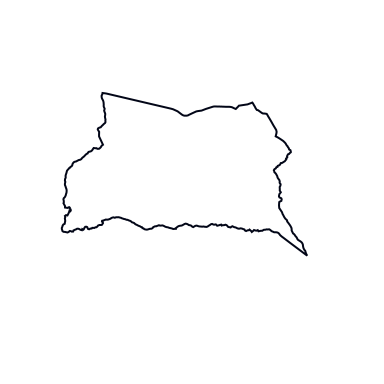 the district of Santo Antônio do Leste, Mato Grosso, Brazil, rotated 216°
{"feature_id": "56859067B48136086302792", "entity_name": "Santo Antônio do Leste", "entity_type": "district", "adm_level": 2, "iso_a3": "BRA", "parent_name": "Brazil", "parent_adm1": "Mato Grosso", "projection": "albers", "projection_center": [-53.696, -14.769], "detail": "fine", "context": "isolated", "style": "outline", "palette": "ink", "viewbox_px": 384, "rotation_deg": 216, "n_neighbors": 0, "source": "geoboundaries", "source_scale": "gbopen_adm2", "svg_char_len": 6089}
<svg xmlns="http://www.w3.org/2000/svg" viewBox="0 0 384 384"><g transform="rotate(216 192 192)"><path d="M272.5,84.3L271.2,85.1L270.0,85.6L268.9,86.1L268.3,87.2L268.0,88.6L267.0,89.1L265.9,89.3L264.9,90.2L265.3,91.2L264.6,92.5L263.8,93.7L263.4,94.7L262.7,95.3L261.7,95.7L260.6,95.8L259.6,96.0L258.6,96.4L259.0,97.5L257.7,97.7L257.7,98.8L258.0,100.0L257.9,101.1L257.1,101.8L256.1,102.0L255.4,101.5L254.2,101.0L253.2,101.5L252.8,102.6L251.7,103.5L251.6,104.4L250.7,105.0L249.8,105.6L249.4,106.7L248.6,107.3L248.3,108.3L248.3,109.6L247.5,110.9L246.2,111.8L245.6,112.5L245.7,114.5L246.4,115.1L247.4,115.1L247.8,115.9L247.0,116.8L246.4,117.7L245.5,119.1L244.4,119.7L243.3,120.8L242.8,121.7L242.2,122.5L242.0,123.5L241.3,124.6L240.5,125.4L239.3,125.8L238.6,126.9L237.6,127.6L236.5,128.5L235.4,128.9L234.2,129.4L233.3,129.5L232.5,129.8L231.1,130.2L230.4,130.6L229.3,130.9L228.5,131.1L227.8,131.6L226.3,131.9L225.0,132.3L224.1,132.4L222.8,132.2L221.7,132.6L220.5,132.9L219.5,132.7L218.5,132.7L217.2,133.0L216.2,133.1L215.2,133.3L213.8,133.7L212.9,133.7L211.7,134.1L210.8,133.6L209.9,134.1L208.9,133.9L208.1,134.1L206.7,134.8L205.9,135.5L205.1,136.6L204.4,137.5L203.3,138.4L202.7,139.5L202.7,140.8L201.7,142.6L200.9,143.1L200.4,143.9L199.9,144.6L199.2,145.7L198.1,146.0L196.1,147.7L194.8,148.0L193.2,148.2L192.0,148.6L190.6,149.3L189.4,149.6L186.8,150.7L185.8,150.9L184.9,151.4L184.4,152.1L183.4,152.7L183.8,153.5L183.5,154.3L183.3,155.4L182.6,156.8L181.7,157.8L180.9,158.5L180.3,159.3L179.2,161.8L178.5,162.7L177.3,163.2L176.0,163.4L175.1,163.4L174.2,163.9L172.9,164.3L171.5,164.1L170.4,164.3L169.9,165.5L169.4,166.6L168.4,167.6L167.0,168.0L166.2,168.3L165.4,168.7L164.5,169.3L163.4,169.9L162.5,170.8L161.4,171.3L159.7,172.3L159.1,173.2L158.6,174.6L158.0,176.1L157.6,177.3L156.9,178.0L155.7,178.2L154.9,178.5L154.3,179.2L153.7,179.8L152.9,179.7L151.8,179.5L150.8,180.7L149.9,182.0L149.1,182.8L148.3,182.3L147.6,183.2L146.5,184.1L145.7,185.2L144.5,185.5L143.3,185.3L142.2,185.0L140.9,185.6L139.9,186.0L139.7,187.1L139.1,188.1L138.1,188.2L137.1,188.4L135.8,189.0L133.8,189.3L132.4,189.9L131.3,191.2L130.0,191.8L128.7,192.1L127.6,192.5L126.5,192.0L125.3,192.2L124.8,193.1L124.3,193.9L123.6,194.4L123.4,195.4L121.2,195.2L120.1,194.8L119.6,196.7L119.5,197.7L118.1,198.1L116.9,198.8L116.4,199.8L115.1,199.3L113.4,201.2L112.4,201.9L111.7,203.6L110.4,204.7L109.7,205.6L108.7,206.2L107.6,207.2L106.3,207.3L104.6,207.1L103.0,207.5L101.9,207.7L100.2,208.9L98.9,209.5L97.8,209.6L96.5,209.3L95.3,208.9L94.2,208.8L93.0,208.7L91.4,208.7L82.2,208.5L61.4,208.2L62.9,208.9L63.8,209.4L64.7,210.1L65.9,211.0L67.3,211.3L68.8,212.1L70.1,213.2L71.4,214.6L72.5,215.3L73.7,215.7L75.0,215.8L77.9,215.6L78.9,215.8L79.9,216.4L81.1,216.9L82.3,217.1L83.8,217.7L84.7,217.9L85.9,217.9L87.2,218.6L88.7,219.4L89.7,220.7L90.6,221.5L91.4,221.9L92.9,222.6L94.1,223.0L95.9,223.6L97.7,224.1L98.4,224.9L99.2,225.1L100.5,225.2L101.8,225.6L103.0,226.1L104.5,226.9L105.9,227.5L107.2,228.5L108.5,229.0L112.0,230.3L113.8,232.4L115.5,235.1L115.2,236.1L114.5,237.3L115.2,238.9L116.1,239.4L118.0,239.0L119.0,239.5L119.6,240.5L120.1,241.8L120.0,243.0L120.0,244.0L120.8,244.3L121.8,244.7L122.7,246.0L124.0,247.6L124.2,249.1L124.9,250.4L126.1,250.7L126.8,251.3L127.3,252.2L128.4,253.0L130.4,253.6L131.3,254.0L132.3,254.9L134.6,256.0L135.6,256.3L136.9,256.4L137.6,257.1L138.6,257.7L138.7,259.0L138.1,260.3L138.3,261.7L137.6,262.6L138.0,263.5L137.5,264.4L137.0,265.1L136.9,266.2L137.2,267.5L136.2,268.5L135.0,271.5L135.0,272.8L134.9,273.8L135.6,274.4L135.3,275.3L135.4,276.3L136.1,276.7L136.4,278.1L136.4,279.2L135.8,279.9L135.8,280.9L135.4,282.2L136.0,283.0L137.0,283.7L138.4,283.5L139.4,284.3L140.8,284.7L141.6,285.2L142.6,285.3L143.5,285.7L144.8,286.3L146.1,286.6L148.2,286.9L151.7,286.8L154.5,286.6L155.9,286.4L157.0,286.2L158.2,289.1L158.9,290.4L160.4,291.7L165.4,293.8L169.3,295.6L171.6,296.6L172.5,297.0L174.7,297.9L176.4,298.7L177.5,299.1L179.1,298.3L180.8,297.2L182.0,297.0L183.9,297.0L186.6,297.0L187.8,296.5L189.0,296.9L189.8,297.2L190.6,297.6L191.3,298.0L193.5,298.9L194.7,299.5L195.8,299.8L196.5,298.6L197.0,297.9L197.6,297.0L198.5,295.6L204.8,289.4L204.9,288.1L205.4,284.9L206.6,284.6L209.4,284.1L210.6,283.6L211.5,283.1L214.9,280.7L219.1,277.9L224.4,274.2L225.3,273.2L229.5,267.5L232.1,263.5L234.8,260.9L235.9,259.7L238.1,255.8L239.8,252.7L240.3,251.6L241.2,250.6L243.0,249.3L244.0,248.9L245.1,248.7L247.1,248.7L251.1,248.8L256.0,247.8L257.9,247.1L318.5,221.6L319.4,221.2L322.6,219.5L322.0,218.3L321.8,216.9L321.0,215.8L320.0,214.9L319.1,214.4L318.2,214.0L317.2,213.4L316.2,212.5L315.7,211.9L315.0,211.1L313.9,209.5L313.0,208.8L311.7,208.1L311.2,207.1L310.9,206.2L310.0,205.5L309.2,205.0L308.2,204.3L307.5,203.3L306.9,202.0L306.0,201.0L305.4,200.5L304.6,199.8L304.1,198.9L303.1,197.7L302.9,196.8L303.4,194.8L303.5,193.8L303.8,192.4L303.9,190.7L304.8,189.6L305.4,188.1L305.0,187.2L303.7,186.6L302.5,186.1L301.6,184.8L300.8,183.6L299.8,182.3L291.8,177.9L292.3,176.2L292.1,174.7L292.3,173.4L292.7,172.2L294.0,171.3L295.0,171.3L295.9,170.6L297.4,169.8L297.4,168.5L297.3,166.9L297.7,165.5L298.5,164.5L299.2,163.7L299.3,162.8L299.1,161.8L299.6,161.0L299.9,160.0L300.3,157.0L300.8,155.4L300.9,154.4L300.9,153.5L301.4,152.4L302.4,151.3L303.1,149.9L303.7,148.6L304.4,147.9L305.1,146.7L305.2,145.8L305.1,144.4L304.5,143.0L304.6,141.8L305.1,140.9L305.0,140.0L305.5,138.8L305.4,137.9L305.6,136.9L305.6,135.6L304.7,133.4L304.3,132.0L303.7,130.6L302.9,129.8L302.5,128.9L302.3,127.8L301.4,126.4L300.4,125.7L300.0,124.7L299.5,123.7L298.8,122.9L297.6,122.2L296.6,121.4L295.5,120.7L294.7,120.0L294.2,119.4L293.5,118.3L293.0,117.3L292.7,116.2L292.2,115.1L291.9,113.6L291.9,112.6L292.1,111.7L291.8,110.6L290.6,109.5L289.6,108.3L289.4,107.4L288.4,106.9L286.5,106.0L285.6,104.8L283.3,106.0L282.9,107.0L282.3,107.6L281.5,107.4L281.0,106.5L280.0,106.6L279.2,105.8L279.1,104.8L280.0,104.5L279.6,103.3L279.3,101.9L279.0,99.8L280.3,99.3L280.7,97.9L279.8,97.3L279.4,96.0L278.2,94.8L277.5,94.0L277.0,92.8L276.3,91.5L277.0,90.0L276.9,88.7L276.5,87.8L276.2,86.4L275.5,85.5L274.5,84.8L273.7,84.2L272.5,84.3Z" fill="none" stroke="#020617" stroke-width="2"/></g></svg>